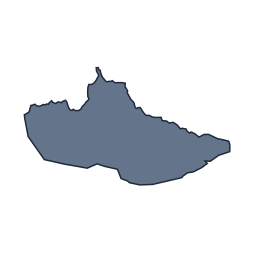 Kyperounta, Limassol, Cyprus (orthographic projection), rotated 191°
{"feature_id": "46923920B55670289324505", "entity_name": "Kyperounta", "entity_type": "district", "adm_level": 2, "iso_a3": "CYP", "parent_name": "Cyprus", "parent_adm1": "Limassol", "projection": "orthographic", "projection_center": [32.975, 34.94], "detail": "fine", "context": "isolated", "style": "filled", "palette": "slate", "viewbox_px": 256, "rotation_deg": 191, "n_neighbors": 0, "source": "geoboundaries", "source_scale": "gbopen_adm2", "svg_char_len": 1727}
<svg xmlns="http://www.w3.org/2000/svg" viewBox="0 0 256 256"><g transform="rotate(191 128 128)"><path d="M230.0,114.7L224.4,100.6L204.1,81.0L199.7,80.9L183.6,80.4L179.1,80.5L169.0,80.7L160.4,80.8L151.4,86.9L143.8,85.9L130.5,85.5L125.1,77.0L118.7,76.0L116.1,74.6L105.5,74.4L93.1,77.3L65.6,89.6L65.0,91.1L61.2,95.3L55.6,97.3L48.1,103.2L43.4,108.3L46.0,110.3L40.8,111.1L33.8,118.5L23.7,124.2L23.7,125.4L24.9,131.0L26.2,133.7L26.9,134.3L32.9,134.6L38.1,134.6L47.6,137.1L52.1,136.2L56.6,132.6L61.5,135.2L65.3,136.1L66.4,134.7L69.7,136.4L70.8,138.1L74.5,138.1L76.5,137.2L80.3,140.4L84.8,142.2L88.5,140.7L91.5,142.2L95.8,141.7L97.6,144.8L99.6,144.3L103.3,143.6L106.1,143.4L109.9,144.5L112.6,143.8L115.6,145.9L119.9,150.4L121.9,150.0L123.5,148.7L124.8,149.5L127.3,154.3L130.8,156.7L133.4,160.0L135.4,162.3L135.5,164.4L138.8,168.1L139.3,171.5L143.2,171.3L145.8,170.8L149.6,169.9L152.4,171.5L153.9,170.4L155.4,170.2L158.2,169.2L163.1,173.3L165.2,176.7L166.4,179.5L167.3,179.5L167.9,179.5L168.6,181.6L170.4,181.2L170.7,181.2L169.8,177.9L168.4,176.2L166.6,174.0L167.6,171.5L168.3,168.9L169.2,167.0L170.4,165.1L172.4,163.7L174.7,163.3L175.1,160.3L174.4,155.2L173.3,150.9L171.8,149.2L172.9,147.0L174.1,145.6L175.0,143.2L177.1,140.3L177.8,137.7L179.4,135.9L182.9,135.0L185.4,135.9L186.3,134.6L188.9,135.0L191.0,138.0L192.9,141.6L194.6,143.3L197.2,141.7L198.0,140.3L201.6,140.3L203.8,138.2L206.7,138.8L208.1,140.2L210.1,137.8L210.7,136.1L212.4,136.1L213.9,134.8L215.6,134.9L218.7,132.5L220.9,132.3L222.6,132.6L223.6,133.5L225.2,133.0L225.9,132.1L227.0,131.9L227.7,131.5L227.7,130.1L227.9,128.8L227.9,127.7L228.0,125.9L228.6,124.3L232.3,121.2L232.0,120.2L231.1,117.5L230.0,114.7Z" fill="#64748b" stroke="#1e293b" stroke-width="1.5"/></g></svg>